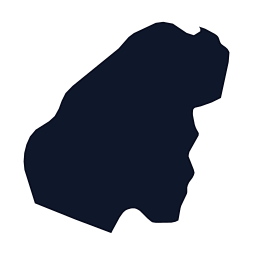 outline of Ahuachapán, rotated 356°
{"feature_id": "SLV-1343", "entity_name": "Ahuachapán", "entity_type": "Department", "adm_level": 1, "iso_a3": "SLV", "parent_name": "El Salvador", "parent_adm1": "", "projection": "albers", "projection_center": [-89.848, 13.863], "detail": "fine", "context": "isolated", "style": "filled", "palette": "ink", "viewbox_px": 256, "rotation_deg": 356, "n_neighbors": 0, "source": "natural_earth", "source_scale": "10m", "svg_char_len": 1219}
<svg xmlns="http://www.w3.org/2000/svg" viewBox="0 0 256 256"><g transform="rotate(356 128 128)"><path d="M30.5,196.1L22.5,162.4L22.3,154.2L23.5,145.8L26.2,137.6L30.2,130.1L36.3,123.8L50.1,116.4L56.3,111.5L61.0,104.2L64.4,96.6L68.7,89.3L76.1,82.7L124.6,48.6L135.4,37.9L140.8,34.4L163.1,25.8L170.5,25.3L179.7,27.7L192.8,37.9L200.2,40.9L207.6,37.0L207.8,34.1L207.4,33.2L211.6,35.0L220.8,40.8L222.6,42.3L223.5,43.4L224.1,44.6L225.2,48.8L225.7,50.0L226.4,51.2L228.3,52.9L230.3,54.5L232.1,56.4L232.2,56.5L233.3,58.6L233.7,59.8L232.3,69.1L222.2,103.9L213.2,107.6L202.1,110.7L196.0,111.7L194.6,112.6L193.5,114.1L193.0,117.4L192.9,119.6L194.1,129.4L194.9,132.4L195.8,134.7L197.0,137.1L197.5,138.3L197.2,140.1L186.9,155.8L186.0,158.7L185.7,160.7L190.0,174.3L190.5,177.2L189.8,179.2L188.3,181.7L184.5,186.2L183.0,189.0L182.2,191.3L181.9,196.0L181.5,197.4L175.0,209.0L174.1,211.5L171.2,223.1L168.7,224.1L164.5,224.7L149.3,223.8L146.2,223.1L145.1,222.4L141.5,218.9L134.9,211.3L133.9,210.4L131.8,209.0L130.6,208.4L129.2,207.9L127.4,207.7L125.4,207.7L122.5,208.3L120.8,208.8L119.3,209.5L118.1,210.4L116.6,211.6L112.9,216.1L104.8,228.8L103.7,230.7L69.5,215.0L30.5,196.1Z" fill="#0f172a" stroke="#020617" stroke-width="1.5"/></g></svg>